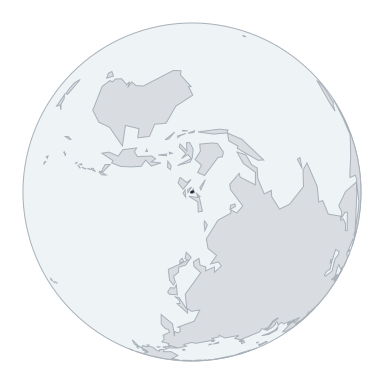 Capiz on an orthographic globe, rotated 166°
{"feature_id": "PHL-2528", "entity_name": "Capiz", "entity_type": "Province", "adm_level": 1, "iso_a3": "PHL", "parent_name": "Philippines", "parent_adm1": "", "projection": "orthographic", "projection_center": [122.669, 11.385], "detail": "fine", "context": "on_globe", "style": "filled", "palette": "slate", "viewbox_px": 384, "rotation_deg": 166, "n_neighbors": 0, "source": "natural_earth", "source_scale": "10m", "svg_char_len": 9398}
<svg xmlns="http://www.w3.org/2000/svg" viewBox="0 0 384 384"><g transform="rotate(166 192 192)"><circle cx="192" cy="192" r="169" fill="#eef3f6" stroke="#a8b0b8"/><path d="M328.7,255.1L328.5,256.3L328.3,256.5L328.7,255.1ZM285.3,51.1L278.9,47.3L274.2,47.2L278.4,51.1L273.0,47.7L284.7,58.3L285.8,63.1L281.1,55.4L278.0,53.0L277.0,54.9L273.6,52.9L271.1,52.9L267.1,50.6L264.6,46.9L262.0,45.4L261.5,46.9L257.1,46.0L258.3,43.9L250.8,42.1L245.3,36.8L251.7,35.2L245.3,32.2L244.0,31.2L258.3,36.6L272.1,43.3L285.3,51.1ZM350.1,142.9L348.7,139.3L349.9,140.8L350.1,142.9ZM347.7,137.6L348.2,138.7L347.7,137.9L347.7,137.6ZM347.2,137.4L347.5,137.6L347.2,137.8L347.2,137.4ZM346.6,137.6L346.8,137.3L346.9,137.5L346.6,137.6ZM345.3,136.8L344.9,136.5L345.0,135.8L345.3,136.8ZM291.0,55.1L288.7,53.5L287.4,52.5L288.8,53.5L291.0,55.1ZM282.1,54.7L282.2,53.7L283.3,55.4L282.1,54.7ZM271.5,53.3L272.5,54.3L270.8,53.9L271.5,53.3ZM263.1,50.2L260.0,49.5L262.7,49.5L263.1,50.2ZM257.9,48.7L250.4,47.6L252.2,49.5L243.1,43.9L252.4,46.4L255.5,45.9L255.5,47.3L257.9,48.7ZM242.7,30.8L242.1,30.7L239.0,29.7L242.7,30.8ZM238.6,29.6L239.2,29.9L233.1,28.2L231.3,27.7L232.6,28.0L238.6,29.6ZM231.4,27.7L229.4,27.2L229.7,27.3L231.4,27.7ZM239.2,41.2L237.1,40.5L238.9,40.5L239.2,41.2ZM242.4,31.0L241.0,30.8L235.6,29.3L234.3,29.1L232.8,28.2L242.4,31.0ZM229.0,27.1L228.6,27.1L227.5,26.8L229.0,27.1ZM229.1,27.4L227.2,26.9L229.5,27.6L225.5,26.8L225.3,26.5L223.7,26.3L222.5,26.1L223.7,26.1L229.1,27.4ZM216.7,24.9L215.8,24.8L214.8,24.6L216.7,24.9ZM220.3,25.5L217.5,25.0L219.0,25.2L221.7,25.7L220.3,25.5ZM222.9,26.5L229.0,27.8L228.9,27.9L222.9,26.5ZM214.0,24.5L214.5,24.6L213.5,24.5L214.0,24.5ZM219.9,25.8L222.1,26.1L221.8,26.2L219.9,25.8ZM213.5,24.6L213.0,24.5L214.8,24.7L213.5,24.6ZM216.2,25.1L215.4,25.1L215.8,24.9L217.2,25.3L216.2,25.1ZM219.3,25.8L219.9,25.9L218.4,25.6L219.3,25.8ZM206.8,24.1L206.9,23.8L211.0,24.2L210.3,24.4L206.8,24.1ZM49.6,101.0L47.3,105.1L47.2,107.3L56.7,94.8L57.0,90.8L62.4,83.8L66.5,81.5L67.0,86.0L69.2,83.5L73.3,76.0L78.1,72.9L75.3,73.2L73.0,76.2L71.2,76.7L73.2,74.1L74.8,72.9L75.9,70.9L68.1,77.8L64.9,81.5L65.0,80.5L75.0,70.1L85.8,60.6L97.5,52.0L96.2,52.9L97.5,52.2L102.7,49.0L101.1,50.3L106.6,47.0L107.8,47.5L111.0,44.3L117.2,41.3L121.5,40.0L124.1,38.6L117.2,40.8L113.9,42.4L110.2,44.4L101.8,49.1L101.7,49.2L113.2,42.5L125.2,36.8L135.3,33.9L137.7,34.4L127.9,40.9L123.6,42.0L125.0,40.1L117.7,44.4L121.2,42.8L119.8,44.2L125.5,42.3L124.8,43.3L131.4,40.1L131.1,41.1L127.0,43.0L135.1,41.8L136.4,43.8L138.6,43.1L140.6,41.9L140.9,45.6L142.5,45.0L143.0,43.5L146.5,41.4L152.8,39.5L152.6,40.8L150.2,41.7L145.1,46.0L139.0,48.7L139.5,49.1L144.8,47.2L151.1,41.9L154.9,40.3L152.5,42.7L153.7,41.7L155.6,41.4L157.2,42.6L160.1,40.0L180.7,36.9L185.9,39.5L181.4,41.5L195.6,42.5L200.3,46.4L200.8,44.9L207.9,45.1L206.5,43.8L207.2,43.1L224.8,44.3L228.8,46.1L236.8,46.0L237.1,45.3L234.6,43.9L243.1,43.9L252.2,49.5L251.2,50.6L257.5,53.9L254.4,56.2L254.7,60.0L247.5,61.4L248.4,64.7L250.8,65.7L253.8,71.4L251.6,80.6L242.8,68.7L243.9,56.5L242.5,60.8L239.7,58.7L237.2,59.7L236.5,63.2L238.4,64.3L221.1,66.1L213.0,75.6L221.3,76.3L225.2,80.4L223.3,94.4L203.0,111.6L208.0,119.3L207.5,123.9L201.3,125.9L201.9,119.2L196.7,116.0L198.0,112.2L188.3,113.9L189.7,108.6L181.4,113.1L183.2,117.7L191.3,117.7L183.5,124.5L190.1,133.4L189.4,143.0L173.6,158.4L159.6,162.0L158.5,165.0L153.6,160.8L146.1,166.1L154.1,185.1L153.5,190.3L141.7,198.7L141.7,194.8L128.9,183.6L125.6,195.6L135.3,207.3L138.6,219.9L130.8,215.1L127.5,204.0L123.0,199.6L124.9,189.0L122.4,172.6L114.6,174.4L115.8,168.1L111.2,154.2L100.3,156.5L82.5,170.3L79.0,186.3L73.4,192.4L69.2,167.3L71.4,151.6L67.3,152.1L65.1,137.6L53.8,132.6L54.5,128.4L51.8,129.4L50.6,124.1L52.6,117.5L50.8,116.9L46.2,134.6L48.4,135.4L53.4,130.4L51.5,136.4L52.9,143.2L43.0,155.2L30.1,161.9L32.7,149.7L43.0,115.1L44.9,112.0L45.1,111.6L45.4,110.9L42.4,115.8L45.5,109.4L35.8,132.2L32.4,141.8L29.8,162.5L29.1,164.0L29.4,168.8L35.2,167.8L34.4,171.7L29.3,188.5L24.7,209.3L27.6,227.4L31.0,242.1L32.2,246.9L28.6,234.8L25.8,222.5L24.0,209.9L23.1,197.3L23.2,184.6L24.2,172.0L26.2,159.5L29.1,147.2L32.9,135.1L37.6,123.3L43.2,112.0L49.6,101.0ZM62.8,83.1L59.7,86.9L59.5,87.2L62.8,83.1ZM63.6,98.5L66.6,101.5L72.1,92.3L73.7,92.9L75.0,89.8L72.5,91.7L76.8,83.6L80.5,82.5L83.7,79.1L82.8,78.0L75.3,81.4L69.2,92.7L65.6,95.4L63.6,98.5ZM201.0,23.3L196.5,23.1L197.4,23.2L193.2,23.3L186.6,23.4L188.0,23.5L184.9,24.0L179.3,24.3L182.2,23.8L173.9,24.7L174.5,24.3L173.5,24.4L171.9,24.4L168.1,24.8L169.2,24.6L167.3,24.9L166.9,24.9L183.9,23.2L201.0,23.3ZM212.4,24.3L211.0,24.1L210.2,24.0L208.9,23.9L209.4,24.0L206.6,23.8L206.1,23.8L203.6,23.6L205.4,24.1L197.3,23.7L193.7,23.5L202.5,23.4L202.4,23.4L203.8,23.5L212.4,24.3ZM154.9,28.7L157.1,28.0L157.9,28.0L163.9,26.8L163.9,27.3L160.2,28.2L154.9,28.7ZM54.8,96.3L52.9,98.2L53.8,96.6L54.3,96.2L54.8,96.3ZM55.9,91.9L54.5,93.9L55.3,92.7L55.9,91.9ZM155.8,29.0L158.3,28.4L156.8,29.1L155.8,29.0ZM164.2,27.7L162.9,28.3L164.6,27.2L164.2,27.7ZM102.0,329.3L105.4,331.5L103.8,331.1L102.0,329.3ZM36.8,245.3L43.6,269.4L41.9,267.9L38.1,259.9L33.2,244.8L34.1,242.1L33.6,235.8L36.8,245.3ZM181.2,252.3L186.5,253.5L186.3,254.2L181.2,252.3ZM175.7,249.2L181.7,250.0L174.8,250.8L175.7,249.2ZM184.0,250.3L190.1,249.4L192.7,248.3L192.3,249.9L184.0,250.3ZM171.7,248.9L150.4,246.4L142.1,243.4L143.9,240.8L157.4,243.1L171.7,248.9ZM143.3,240.6L130.8,231.1L114.7,205.7L120.4,206.9L137.5,223.3L136.4,225.5L143.9,232.8L143.3,240.6ZM174.0,229.5L172.9,236.6L161.0,234.8L155.6,233.0L151.9,223.2L154.0,218.7L158.3,219.3L175.8,205.0L181.8,209.5L176.3,215.8L181.2,222.7L174.0,229.5ZM79.5,188.0L81.8,198.3L78.9,199.3L79.5,188.0ZM183.4,194.4L176.0,200.7L182.9,192.0L183.4,194.4ZM187.7,186.0L187.9,189.6L185.3,185.8L187.7,186.0ZM157.8,169.8L153.2,170.1L153.3,167.6L159.3,165.8L157.8,169.8ZM188.9,151.4L187.9,158.6L186.7,160.9L185.1,156.3L188.9,151.4ZM159.3,35.7L150.9,36.5L144.8,38.0L141.4,40.3L142.6,37.8L151.9,35.3L159.3,35.7ZM178.1,36.4L181.0,35.0L182.2,35.8L181.6,36.2L178.1,36.4ZM178.1,35.4L177.2,33.5L180.4,32.8L180.5,34.5L178.1,35.4ZM166.2,30.3L163.7,30.4L165.0,29.7L166.2,30.3ZM288.9,317.0L290.7,317.8L285.9,322.1L279.3,326.5L273.2,328.2L288.9,317.0ZM240.6,328.3L240.1,323.5L247.2,323.1L244.5,327.4L240.6,328.3ZM293.5,313.5L297.8,308.9L299.3,303.3L299.0,308.3L302.6,308.1L292.2,317.3L293.5,313.5ZM213.7,306.6L180.8,314.4L173.4,312.4L174.9,308.3L167.4,294.5L169.8,295.0L167.8,285.8L187.0,279.2L200.6,265.0L211.8,266.8L219.9,256.2L231.5,257.7L228.2,266.3L240.5,272.7L248.4,253.5L256.3,274.7L265.5,282.3L268.5,295.3L253.6,316.2L244.6,320.0L242.7,318.1L239.1,320.1L233.1,319.0L229.4,312.1L225.8,314.0L229.1,309.0L223.9,313.4L220.6,308.8L213.7,306.6ZM296.8,272.4L298.6,273.0L301.6,276.5L298.7,275.9L296.8,272.4ZM324.1,259.7L324.9,261.4L323.0,261.9L324.1,259.7ZM328.3,256.5L326.1,257.3L328.7,255.1L328.3,256.5ZM306.0,260.2L306.9,261.5L306.2,262.0L306.0,260.2ZM305.3,259.8L306.3,257.7L306.2,259.8L305.3,259.8ZM296.5,248.5L297.6,247.5L298.1,248.3L296.5,248.5ZM194.3,254.3L201.6,249.2L205.6,249.1L194.3,254.3ZM294.9,246.2L292.2,246.0L292.4,244.9L294.9,246.2ZM295.0,243.6L294.7,242.0L296.5,245.7L295.0,243.6ZM289.8,240.0L293.1,242.8L289.4,240.3L289.8,240.0ZM287.8,240.3L285.4,239.0L285.5,238.5L287.8,240.3ZM261.1,241.6L270.0,251.4L262.9,250.8L254.9,244.6L248.9,249.8L235.1,248.1L238.2,244.9L236.3,239.6L222.2,236.6L219.3,233.0L224.3,231.1L215.1,227.7L225.2,227.0L229.3,234.2L235.1,229.2L245.1,231.1L254.9,234.0L262.9,239.6L261.1,241.6ZM225.3,242.2L227.1,242.4L225.6,244.3L225.3,242.2ZM280.8,235.1L284.3,238.5L283.9,239.4L282.2,238.8L280.8,235.1ZM264.8,238.5L273.4,233.2L275.4,233.4L269.7,239.6L264.8,238.5ZM271.2,229.3L275.2,230.3L277.4,233.7L276.6,234.5L271.2,229.3ZM204.7,234.3L204.4,236.1L201.8,234.4L204.7,234.3ZM208.1,233.4L215.9,236.1L207.4,235.0L208.1,233.4ZM184.7,224.6L186.9,229.4L194.0,227.1L188.6,230.8L193.5,238.8L191.9,241.5L187.0,232.9L185.4,241.1L182.3,240.7L180.5,233.3L183.6,224.9L186.7,221.5L199.6,221.2L184.7,224.6ZM208.0,227.8L205.9,222.3L207.5,218.9L209.7,221.9L208.0,227.8ZM200.0,209.0L194.8,202.5L189.8,204.4L200.0,196.8L203.3,204.3L200.0,209.0ZM195.8,195.3L191.2,196.9L196.1,192.4L195.8,195.3ZM190.1,194.8L189.7,190.5L193.3,191.4L190.1,194.8ZM198.2,195.7L199.4,188.6L201.0,193.0L198.2,195.7ZM188.7,181.0L196.1,188.6L186.2,184.7L186.5,171.0L190.8,171.1L188.7,181.0ZM217.5,130.1L216.9,126.4L221.0,126.0L220.3,128.6L217.5,130.1ZM233.7,122.7L221.9,124.8L212.3,127.0L214.9,129.0L212.2,134.9L208.6,128.8L215.8,122.7L223.0,122.2L224.6,117.4L230.3,114.6L230.0,108.5L232.6,106.2L235.1,111.8L233.7,122.7ZM229.6,105.9L231.1,95.8L238.5,98.1L239.8,100.9L236.0,104.4L232.3,102.9L229.6,105.9ZM233.6,94.2L230.1,92.8L224.9,78.0L225.6,75.6L233.5,87.3L230.6,86.8L230.6,90.2L233.6,94.2ZM237.4,41.3L237.1,40.6L238.7,41.5L237.4,41.3ZM206.3,42.4L207.6,41.6L209.4,42.4L206.3,42.4ZM212.2,40.1L209.2,39.7L212.5,39.5L212.2,40.1ZM202.5,39.1L208.1,39.3L202.6,40.0L202.5,39.1Z" fill="#d9dde1" stroke="#a8b0b8" stroke-width="1"/><path d="M191.8,191.5L192.0,191.6L191.9,191.5L192.0,191.5L192.2,191.4L192.3,191.3L192.5,191.4L192.6,191.5L192.8,191.6L192.7,191.7L192.6,191.8L192.8,191.7L193.0,191.7L193.1,191.8L193.1,192.0L192.9,192.1L192.8,192.3L192.7,192.3L192.6,192.5L192.4,192.5L192.2,192.5L191.9,192.5L191.8,192.4L191.7,192.5L191.4,192.6L191.2,192.6L190.9,192.5L190.7,192.6L190.6,192.4L190.6,192.2L190.8,192.2L191.0,192.1L191.1,191.9L191.4,191.8L191.5,191.8L191.6,191.7L191.8,191.5L191.8,191.5Z" fill="#64748b" stroke="#1e293b" stroke-width="1.5"/></g></svg>